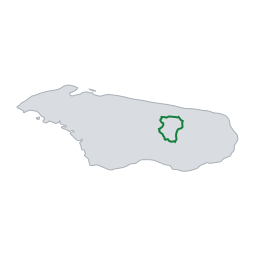 location of Haute Matsiatra within Madagascar, rotated 264°
{"feature_id": "MDG-5873", "entity_name": "Haute Matsiatra", "entity_type": "Autonomous Province", "adm_level": 1, "iso_a3": "MDG", "parent_name": "Madagascar", "parent_adm1": "", "projection": "natural_earth1", "projection_center": [46.02, -21.511], "detail": "coarse", "context": "in_parent", "style": "outline", "palette": "green", "viewbox_px": 256, "rotation_deg": 264, "n_neighbors": 0, "source": "natural_earth", "source_scale": "10m", "svg_char_len": 3792}
<svg xmlns="http://www.w3.org/2000/svg" viewBox="0 0 256 256"><g transform="rotate(264 128 128)"><path d="M164.4,25.5L165.0,27.2L165.7,28.8L168.0,32.7L168.9,34.2L169.8,35.8L170.2,38.9L171.6,43.9L172.9,51.2L173.3,58.8L173.7,62.3L174.8,65.6L176.5,69.0L177.0,72.8L176.0,76.7L174.4,80.3L174.0,81.0L173.3,82.0L172.9,81.9L171.7,81.0L170.7,79.4L169.4,75.8L169.0,73.9L168.5,73.6L167.0,73.8L165.9,75.0L165.7,75.7L165.9,77.7L166.3,79.6L166.5,81.5L166.5,83.8L166.9,84.6L167.5,85.2L168.1,86.7L168.2,90.4L167.8,92.3L166.7,93.9L166.8,94.8L167.2,95.7L166.8,96.2L165.4,96.9L164.8,97.5L164.1,99.1L162.8,102.5L162.6,104.2L163.4,109.3L163.2,113.0L161.6,120.0L160.6,123.4L159.4,127.3L157.4,132.6L155.4,139.2L153.8,145.9L152.5,150.0L151.2,154.0L149.3,161.1L147.6,168.3L145.2,176.3L142.0,185.1L141.6,186.3L140.9,190.8L140.2,194.7L139.3,198.6L137.4,205.0L137.2,207.0L136.8,208.9L135.1,212.9L134.3,214.4L133.8,216.0L133.5,218.0L133.0,219.9L131.7,223.5L129.8,226.6L128.5,227.7L125.7,229.3L124.2,229.7L121.1,229.7L118.0,230.6L114.8,232.4L111.8,234.5L110.6,235.4L109.3,236.0L105.3,236.1L104.1,235.7L100.0,232.3L98.5,231.8L95.5,231.3L94.6,231.0L93.8,230.6L92.6,228.8L90.2,227.3L89.6,226.9L89.2,225.8L89.0,224.7L88.4,223.5L87.9,221.2L87.1,219.5L84.9,216.6L84.7,215.7L84.5,212.6L84.5,210.5L84.3,206.7L84.5,204.9L85.3,203.3L85.0,201.6L84.2,199.7L83.8,197.8L83.2,196.1L80.9,193.0L80.3,191.5L80.0,189.9L79.1,184.9L79.0,183.2L79.1,179.6L79.4,177.7L79.9,176.4L80.1,175.4L80.4,174.6L81.0,173.9L81.3,173.1L82.2,168.5L83.3,167.4L84.9,166.8L86.2,165.6L86.9,164.0L87.7,160.6L89.7,157.2L90.4,155.5L92.1,152.8L93.6,149.0L94.0,147.3L94.3,145.4L94.7,141.5L94.9,139.5L94.9,137.5L94.0,135.5L92.0,131.9L92.0,131.2L92.1,128.5L91.9,126.5L91.2,124.6L90.2,122.7L89.3,119.3L88.8,113.6L88.9,111.5L88.6,109.7L87.9,107.9L88.4,104.9L94.4,93.9L94.6,92.6L94.4,89.2L94.5,87.2L94.7,86.5L95.1,86.1L96.2,85.9L101.0,85.4L101.7,85.1L102.9,84.1L104.5,82.3L105.3,81.8L106.0,82.0L106.4,82.8L106.9,83.2L108.9,82.4L109.7,82.4L110.4,82.5L110.8,81.7L111.0,80.7L111.3,80.0L111.8,79.6L114.3,79.4L116.0,79.1L118.0,78.4L118.5,78.6L120.2,81.1L120.7,81.3L121.3,81.4L121.9,80.9L120.6,79.6L120.3,78.9L120.4,78.0L121.2,76.2L122.4,74.8L125.1,72.7L127.9,70.3L128.8,70.1L129.5,70.5L130.0,73.4L129.9,73.8L130.4,73.9L130.9,73.6L131.4,72.4L131.4,71.4L131.0,70.5L130.8,69.7L130.8,69.0L132.2,67.3L133.4,65.7L133.9,63.8L134.4,62.9L135.5,61.9L135.9,62.0L136.2,62.8L136.3,63.7L136.0,64.6L135.6,65.4L135.4,66.5L136.1,66.8L136.7,66.5L137.6,64.4L138.7,62.5L139.3,61.5L140.1,60.8L141.4,60.9L142.7,61.4L140.6,59.3L140.1,56.5L142.6,51.7L142.6,50.7L143.0,50.4L143.2,50.0L141.9,48.3L141.6,47.5L141.8,46.3L142.4,45.2L143.0,44.4L143.8,44.1L144.4,44.6L145.8,45.9L146.7,46.1L147.9,44.8L148.8,43.2L150.2,42.1L151.8,41.4L154.2,38.9L155.7,33.6L155.9,32.0L155.5,30.2L155.0,28.4L154.1,26.2L154.3,25.7L155.6,26.0L156.0,25.6L157.5,23.7L159.8,19.9L160.6,19.9L161.3,20.6L161.5,21.6L162.0,22.4L163.6,24.2L164.4,25.5ZM147.9,40.4L148.0,41.0L146.2,40.8L145.9,38.8L146.8,38.7L147.0,37.9L147.5,37.8L148.1,39.6L147.9,40.4ZM169.5,97.1L167.9,100.0L168.4,97.6L170.2,94.0L170.7,93.7L169.5,97.1Z" fill="#d9dde1" stroke="#a8b0b8" stroke-width="1"/><path d="M112.7,175.1L111.5,174.9L109.4,173.4L109.7,173.2L109.7,172.6L110.1,172.2L109.8,170.9L109.8,169.5L110.4,168.7L110.5,168.0L110.8,167.8L111.0,167.4L112.6,166.6L112.7,165.8L112.4,164.1L112.9,163.3L114.7,163.3L116.4,162.3L118.3,161.7L120.5,159.3L121.6,158.7L122.7,159.1L123.8,158.7L124.2,159.9L125.5,162.1L127.4,163.5L129.1,163.5L130.1,161.9L132.3,160.9L133.3,161.3L133.8,162.3L135.5,162.5L135.0,165.5L134.3,167.3L135.2,169.9L133.8,177.0L133.3,178.2L133.8,179.4L130.2,181.6L129.2,183.2L127.5,182.4L124.5,182.4L123.1,182.2L122.1,180.8L121.8,178.8L121.3,177.4L118.9,176.0L116.4,175.1L114.4,174.9L112.7,175.1Z" fill="none" stroke="#15803d" stroke-width="2"/></g></svg>